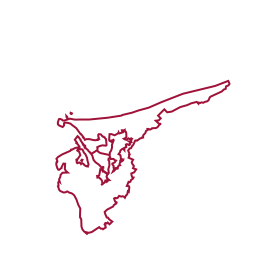 Tauranga City, Bay of Plenty, New Zealand (Natural Earth projection), rotated 315°
{"feature_id": "76426892B41625514987736", "entity_name": "Tauranga City", "entity_type": "district", "adm_level": 2, "iso_a3": "NZL", "parent_name": "New Zealand", "parent_adm1": "Bay of Plenty", "projection": "natural_earth1", "projection_center": [176.198, -37.698], "detail": "fine", "context": "isolated", "style": "outline", "palette": "rose", "viewbox_px": 256, "rotation_deg": 315, "n_neighbors": 0, "source": "geoboundaries", "source_scale": "gbopen_adm2", "svg_char_len": 5796}
<svg xmlns="http://www.w3.org/2000/svg" viewBox="0 0 256 256"><g transform="rotate(315 128 128)"><path d="M232.2,165.6L219.4,159.9L191.0,142.6L169.8,133.3L157.1,128.3L147.4,122.8L141.8,120.1L133.2,114.8L132.1,114.6L120.8,106.3L106.6,94.6L96.2,84.3L93.5,80.3L88.0,77.6L87.1,76.3L87.2,75.4L86.5,73.7L85.4,72.9L82.4,74.4L81.0,75.9L81.2,76.2L81.1,77.7L82.5,81.1L84.7,80.9L86.1,79.4L86.9,79.5L88.6,81.1L90.3,84.0L90.3,84.5L89.9,84.4L90.4,84.6L90.3,85.0L89.9,84.9L90.4,85.0L91.3,91.6L90.1,99.1L90.5,99.5L90.0,102.7L89.6,102.7L89.5,103.3L89.9,103.6L89.2,105.9L90.7,106.5L92.8,108.5L95.5,112.8L98.2,115.2L99.7,115.4L99.7,115.0L98.7,115.1L98.1,114.5L99.1,114.7L100.5,114.2L101.1,112.8L102.3,111.7L103.1,111.8L104.3,113.3L104.0,116.1L104.6,116.8L104.5,117.5L104.9,118.1L104.5,119.1L104.6,120.3L100.8,124.9L99.9,124.9L97.8,122.3L95.2,120.7L93.1,120.0L92.4,120.6L93.2,119.1L91.7,121.2L90.8,121.9L88.6,121.4L90.5,122.1L90.2,123.5L90.7,126.1L95.3,133.2L95.6,134.2L95.2,134.9L97.8,132.5L100.3,132.0L103.0,130.4L104.8,128.5L109.3,126.5L109.3,125.9L108.4,125.8L107.2,125.0L106.9,125.0L107.6,125.6L106.4,125.7L106.2,123.1L110.6,119.3L111.9,120.5L113.4,123.7L117.2,124.8L118.2,124.4L117.8,125.2L118.1,125.8L121.7,127.6L122.5,127.6L123.4,126.9L121.9,125.6L122.1,125.3L123.5,126.8L124.2,127.0L123.8,127.3L123.8,129.1L123.2,130.3L120.6,133.2L118.2,133.1L117.5,132.7L117.6,133.6L118.5,135.2L121.0,135.6L121.3,137.1L123.0,137.6L123.2,138.5L121.7,138.6L121.5,139.2L120.6,139.6L120.3,140.4L120.0,140.3L119.9,140.0L120.1,140.1L119.9,139.1L119.3,138.4L119.5,139.4L118.9,140.3L117.6,140.3L117.6,141.0L117.2,141.0L116.7,140.9L115.8,138.6L114.8,138.2L113.2,140.3L111.4,139.4L109.8,141.1L110.0,139.2L108.9,138.7L106.6,138.6L105.1,139.5L102.8,139.8L103.4,141.6L103.2,142.3L101.5,144.3L101.8,146.2L101.4,147.4L100.3,147.2L100.9,146.4L101.4,146.7L101.4,146.3L101.6,146.3L101.1,145.9L101.2,145.6L101.6,145.8L101.5,145.6L99.9,145.4L99.2,145.7L98.5,146.6L97.2,147.1L96.1,148.0L96.0,148.7L94.8,148.0L93.3,148.4L92.1,149.4L91.5,149.1L91.8,148.4L91.5,147.9L90.7,147.4L89.6,148.3L87.9,148.5L86.4,148.2L89.1,147.2L89.8,145.7L91.0,144.8L91.2,142.7L91.8,142.1L94.1,142.9L96.5,142.6L95.9,141.2L95.9,139.6L93.9,137.8L95.2,134.9L93.9,137.3L92.7,135.9L91.9,136.4L91.4,137.0L91.3,138.1L88.4,141.3L84.8,143.3L82.8,146.1L81.5,146.4L80.3,141.5L80.7,139.7L81.3,138.4L81.5,133.3L80.8,129.2L81.1,126.2L83.2,122.3L83.7,119.9L84.7,120.6L88.5,121.5L84.4,120.4L83.6,119.2L84.0,117.9L83.7,116.8L84.1,114.9L83.7,111.7L84.0,111.8L84.1,111.5L83.7,111.5L84.4,110.0L85.1,110.3L85.2,110.1L85.2,109.7L85.1,110.2L84.4,110.0L84.4,108.1L84.5,107.8L84.9,108.1L84.9,107.7L84.6,107.8L84.9,106.8L85.1,107.0L85.6,103.4L86.0,103.2L86.7,99.1L86.3,98.9L86.4,98.1L82.1,98.7L81.6,102.1L80.8,102.1L81.0,103.7L80.5,107.0L79.7,107.8L78.8,106.3L76.6,104.8L72.4,103.5L72.4,103.1L70.9,103.3L62.7,100.1L57.8,99.0L55.6,99.2L54.8,101.3L53.8,102.0L53.5,101.6L52.9,101.8L51.3,103.3L49.7,106.3L49.2,108.0L49.6,108.8L52.8,109.3L53.1,108.8L57.2,107.5L58.3,108.8L54.3,112.4L53.7,114.5L53.9,116.9L50.0,113.3L47.2,113.5L45.5,114.7L42.8,115.7L41.7,117.7L41.7,116.8L40.0,117.3L38.0,119.8L37.3,119.6L35.7,122.9L35.5,124.5L36.8,128.0L38.5,129.4L39.7,129.6L40.3,130.1L40.7,132.0L42.0,134.4L42.4,136.9L42.2,138.2L40.9,142.3L38.6,147.0L37.3,151.2L31.4,156.7L30.7,157.7L30.8,158.4L30.2,159.7L25.4,164.8L24.1,167.4L23.8,169.8L24.1,173.8L24.8,173.8L25.0,172.5L26.1,174.3L28.7,175.9L37.5,177.7L37.5,179.7L38.9,181.4L38.8,181.9L41.8,182.6L42.1,181.9L42.8,181.6L43.3,179.6L44.8,179.2L45.1,179.4L45.4,180.5L46.8,180.5L46.8,183.0L50.7,183.1L50.1,178.8L50.5,177.4L49.7,176.2L51.1,172.7L52.2,170.8L55.7,171.0L62.0,173.0L63.4,172.5L65.9,173.0L66.0,172.6L67.1,172.8L67.4,172.4L67.0,171.9L67.0,170.5L68.3,168.0L69.0,168.1L69.7,168.5L70.3,169.7L71.2,170.1L73.7,169.7L74.6,171.6L76.0,172.5L76.6,174.2L76.5,175.1L78.7,174.3L80.5,174.4L83.2,172.6L83.4,173.7L87.1,170.8L87.5,169.8L86.2,168.2L90.3,166.5L90.8,167.4L91.8,167.7L93.1,166.9L95.5,167.3L96.9,166.9L96.2,165.9L97.0,164.0L98.2,162.5L101.0,163.7L104.5,163.0L103.1,160.0L105.3,159.0L105.8,156.0L106.5,154.8L109.2,154.0L107.4,149.4L109.0,148.7L109.7,147.7L110.5,147.9L112.2,144.0L114.7,143.6L115.8,144.4L118.5,143.6L119.6,143.7L124.2,142.0L125.0,142.5L125.3,143.3L129.3,144.0L130.7,144.8L131.3,144.6L132.0,145.4L133.6,143.9L136.9,143.8L138.6,142.8L140.5,143.3L141.1,142.4L142.0,143.3L142.1,144.2L142.5,144.7L144.4,145.4L144.9,145.2L147.7,147.8L149.5,148.3L152.8,147.8L153.4,148.2L153.8,147.9L152.9,146.8L152.8,142.5L155.1,144.3L158.0,144.3L158.0,140.5L166.9,140.5L166.8,144.6L170.5,147.3L179.8,150.2L186.1,153.7L190.3,155.3L195.1,158.2L195.0,160.7L196.1,160.2L196.7,161.3L198.0,161.8L199.1,163.4L200.8,163.9L203.0,165.2L204.7,165.3L207.3,164.2L208.5,164.2L220.2,168.5L222.9,168.5L224.7,169.4L226.7,167.9L229.2,168.9L230.8,168.6L231.2,168.3L232.2,165.6ZM74.5,125.7L72.4,126.9L71.9,126.1L72.1,125.8L71.5,125.6L71.2,124.9L70.9,122.6L71.2,122.0L70.8,120.9L70.4,120.3L69.2,120.3L69.3,119.6L69.7,119.6L69.4,118.1L67.3,117.1L67.2,116.4L68.8,114.3L69.2,114.8L69.7,114.1L70.1,114.4L75.1,113.5L76.6,110.4L76.2,108.0L77.2,107.7L80.4,110.4L80.5,111.4L79.4,114.2L79.3,116.6L77.9,120.2L76.1,122.7L74.5,125.7ZM78.5,147.1L76.9,150.2L77.6,150.5L77.5,150.9L77.7,151.0L77.9,151.2L77.9,151.5L77.4,151.0L77.5,150.6L77.0,151.1L74.8,151.1L74.8,150.2L75.3,149.5L74.9,149.1L73.1,150.0L68.7,149.5L70.3,149.3L71.9,147.7L72.6,145.8L72.5,142.9L72.0,141.8L71.3,141.4L72.3,140.1L73.1,140.9L74.2,141.1L79.3,137.6L80.1,139.7L79.4,141.0L80.1,141.6L80.8,146.2L78.5,147.1ZM78.8,108.7L77.7,107.5L78.6,107.1L79.7,107.8L78.8,108.7ZM73.0,117.8L72.0,117.9L72.0,118.8L73.3,118.3L73.0,117.8ZM92.0,78.5L92.9,77.1L92.9,76.0L92.1,77.1L92.0,78.5ZM98.7,78.0L98.2,76.7L97.7,77.0L97.6,77.5L98.0,78.2L98.7,78.0ZM82.5,138.6L83.5,137.5L82.1,138.2L82.5,138.6Z" fill="none" stroke="#9f1239" stroke-width="2"/></g></svg>